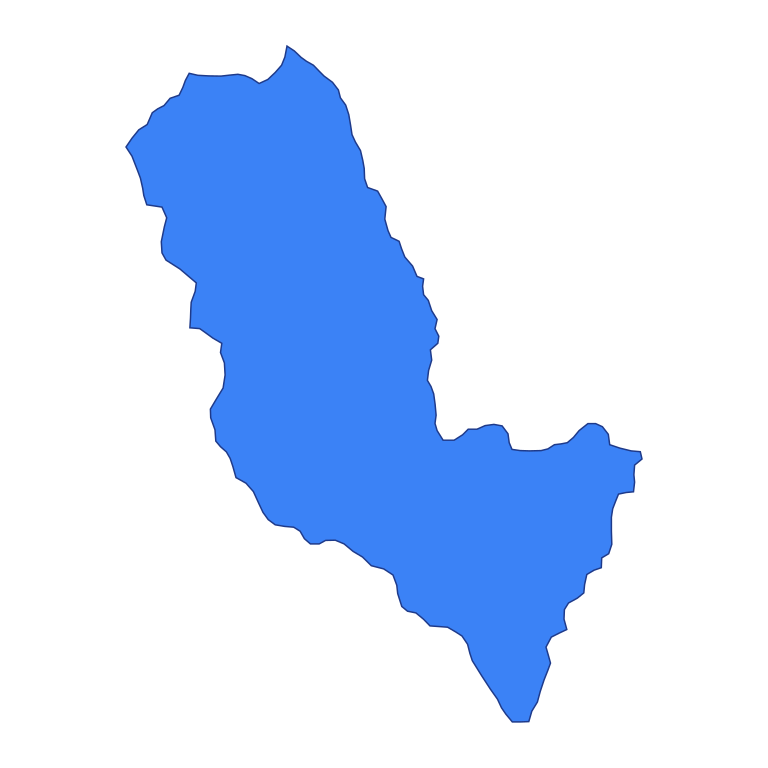 outline of Capetinga, Minas Gerais, Brazil
{"feature_id": "56859067B5819278001794", "entity_name": "Capetinga", "entity_type": "district", "adm_level": 2, "iso_a3": "BRA", "parent_name": "Brazil", "parent_adm1": "Minas Gerais", "projection": "natural_earth1", "projection_center": [-47.021, -20.66], "detail": "fine", "context": "isolated", "style": "filled", "palette": "blue", "viewbox_px": 768, "rotation_deg": 0, "n_neighbors": 0, "source": "geoboundaries", "source_scale": "gbopen_adm2", "svg_char_len": 2697}
<svg xmlns="http://www.w3.org/2000/svg" viewBox="0 0 768 768"><path d="M566.8,629.5L564.0,619.1L564.4,609.6L568.5,603.0L577.4,598.1L583.8,592.9L584.6,584.6L586.8,574.5L594.0,570.2L601.3,567.7L601.7,557.9L608.7,553.7L611.8,544.3L611.4,531.1L611.4,517.2L612.7,508.8L615.5,501.5L618.5,494.1L626.2,492.5L633.5,491.8L634.6,482.1L633.9,474.8L634.6,465.1L642.0,459.0L640.3,451.7L631.2,450.9L619.8,448.1L609.7,444.7L608.3,434.3L602.4,426.7L595.6,423.6L587.9,423.6L579.1,430.6L573.5,437.4L567.3,442.7L561.0,443.9L554.4,444.7L547.9,448.9L541.1,450.6L529.4,450.9L520.3,450.6L512.0,449.4L509.2,442.7L508.0,433.8L502.1,425.9L493.9,424.4L485.1,425.6L477.0,429.2L468.2,429.2L462.6,434.8L454.1,440.2L443.1,440.2L437.1,430.6L435.0,423.4L436.1,415.2L435.1,404.3L433.7,393.9L431.0,386.5L427.4,380.4L428.6,370.5L431.7,360.1L430.4,349.8L437.8,343.3L438.8,336.2L435.0,328.7L437.1,319.5L431.7,310.7L428.3,300.4L423.6,294.7L422.6,286.3L423.6,278.9L417.0,276.4L412.6,266.1L404.8,257.0L401.5,248.6L399.1,241.3L391.0,237.4L388.0,230.6L384.8,219.1L386.1,206.6L382.3,199.5L377.6,191.1L367.6,187.5L364.6,178.7L364.2,168.4L362.8,160.5L360.5,150.6L355.4,142.0L352.0,134.6L350.5,124.7L348.8,114.7L345.7,105.1L340.4,97.8L338.4,90.0L332.5,82.3L324.1,76.1L319.2,71.2L313.4,65.2L306.5,61.3L301.0,57.3L294.3,50.9L287.0,46.1L284.9,57.0L281.6,65.2L275.2,72.5L267.8,79.5L259.1,83.5L252.0,78.7L244.9,75.6L237.9,74.3L229.9,75.1L221.0,76.1L208.5,75.9L197.8,75.3L189.2,73.3L185.4,80.4L182.8,87.5L179.1,95.2L170.1,98.3L164.0,105.6L157.9,108.7L152.3,112.7L147.2,124.5L138.8,129.8L132.0,138.2L126.0,147.0L132.0,156.2L137.7,170.9L140.4,178.1L142.7,188.3L143.8,195.5L146.8,204.8L162.0,207.1L166.7,217.8L164.3,227.0L161.3,241.7L162.0,252.9L166.0,260.1L179.8,268.9L196.3,282.9L195.2,291.3L191.2,302.3L190.8,309.6L190.5,318.0L189.9,327.8L199.7,328.6L207.4,334.1L213.0,338.2L221.8,343.3L220.5,352.5L224.4,362.9L225.1,375.0L223.1,388.0L215.8,400.0L210.4,409.1L210.7,417.8L215.0,429.8L215.8,441.1L220.5,446.7L226.4,451.9L230.2,458.5L232.9,466.6L236.0,477.6L246.0,483.2L253.4,491.6L258.5,502.8L263.0,512.4L268.2,519.6L275.2,524.8L284.6,526.4L293.7,527.2L300.1,531.2L304.4,538.7L310.4,543.9L319.2,543.9L325.6,540.4L335.3,540.2L344.1,543.9L353.1,551.4L362.5,557.0L371.3,565.7L383.7,568.9L393.0,575.0L396.8,585.3L397.7,593.6L401.8,606.5L407.5,611.2L415.9,612.9L423.4,619.1L430.0,625.9L441.0,626.7L447.6,627.2L455.8,632.0L462.0,636.0L467.6,644.3L469.9,653.4L472.3,660.7L481.7,675.8L490.5,689.3L497.5,699.2L501.5,707.8L505.9,714.2L512.3,721.9L521.0,721.9L528.8,721.6L531.8,711.2L537.4,702.0L540.2,691.6L544.1,679.8L547.9,670.2L550.5,663.1L548.6,656.2L546.0,647.1L551.3,637.1L559.0,633.2L566.8,629.5Z" fill="#3b82f6" stroke="#1e3a8a" stroke-width="1.5"/></svg>